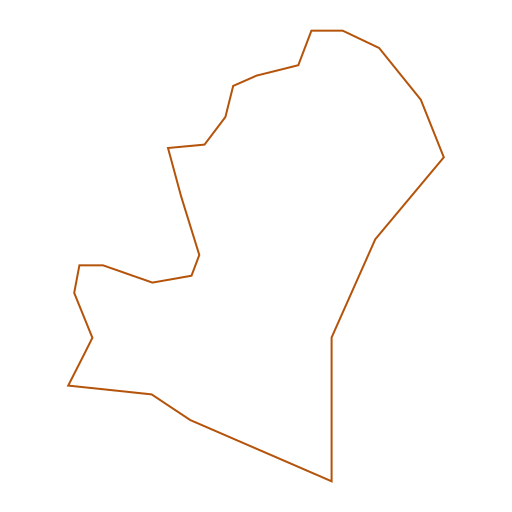 Birżebbuġa, Equal Earth projection
{"feature_id": "MLT-5968", "entity_name": "Birżebbuġa", "entity_type": "state/province", "adm_level": 1, "iso_a3": "MLT", "parent_name": "Malta", "parent_adm1": "", "projection": "equal_earth", "projection_center": [14.516, 35.821], "detail": "fine", "context": "isolated", "style": "outline", "palette": "amber", "viewbox_px": 512, "rotation_deg": 0, "n_neighbors": 0, "source": "natural_earth", "source_scale": "10m", "svg_char_len": 439}
<svg xmlns="http://www.w3.org/2000/svg" viewBox="0 0 512 512"><path d="M443.8,157.3L375.3,239.2L331.6,337.5L331.6,481.3L190.3,420.1L151.6,394.4L68.2,385.6L82.0,358.5L92.4,337.8L74.2,292.9L79.4,265.3L102.9,265.3L152.4,282.6L191.5,275.7L199.3,255.0L181.1,196.3L168.0,148.0L204.5,144.6L225.4,117.0L233.2,85.9L256.6,75.6L298.3,65.2L311.4,30.7L342.7,30.7L379.1,48.0L420.8,99.7L443.8,157.3Z" fill="none" stroke="#b45309" stroke-width="2"/></svg>